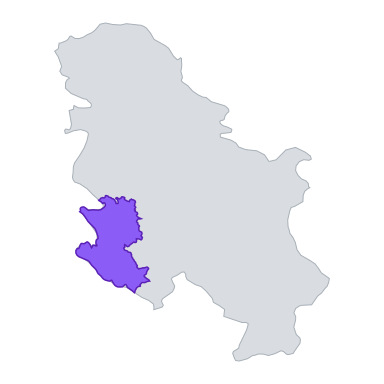 Zlatiborski on a map of Republic of Serbia (Equal Earth projection)
{"feature_id": "SRB-1505", "entity_name": "Zlatiborski", "entity_type": "District", "adm_level": 1, "iso_a3": "SRB", "parent_name": "Republic of Serbia", "parent_adm1": "", "projection": "equal_earth", "projection_center": [19.945, 43.584], "detail": "fine", "context": "in_parent", "style": "filled", "palette": "violet", "viewbox_px": 384, "rotation_deg": 0, "n_neighbors": 0, "source": "natural_earth", "source_scale": "10m", "svg_char_len": 8799}
<svg xmlns="http://www.w3.org/2000/svg" viewBox="0 0 384 384"><path d="M220.4,137.1L231.2,140.2L236.1,143.2L238.7,147.0L245.6,149.6L256.7,150.8L264.5,154.8L269.0,161.5L276.1,159.8L285.8,150.0L295.5,147.4L305.1,152.1L310.4,156.0L311.3,159.1L309.1,160.3L303.8,159.7L299.4,161.6L296.1,165.9L295.6,170.6L298.1,175.5L301.5,178.9L305.9,180.8L308.3,183.4L308.6,186.7L309.8,187.6L307.3,189.1L304.7,191.3L303.2,195.3L302.9,201.6L294.4,206.5L291.2,207.4L289.8,210.7L287.7,220.0L288.1,226.9L289.3,230.5L289.9,233.4L292.7,237.0L295.3,242.4L297.0,249.7L300.8,255.2L310.3,260.7L315.1,263.9L318.6,268.6L321.3,272.8L329.3,278.4L328.7,282.4L327.1,286.3L325.3,288.1L321.5,293.1L317.7,296.0L311.6,304.8L301.7,305.3L299.3,306.0L295.6,308.5L293.9,312.9L295.7,316.5L295.6,320.1L293.8,327.1L296.3,334.6L299.9,338.0L300.4,340.0L299.9,343.5L294.8,350.7L293.2,353.4L288.0,354.7L286.2,354.0L283.5,351.5L281.0,350.8L274.8,353.7L268.4,355.5L263.4,354.1L258.5,354.0L255.1,355.2L252.5,355.6L247.5,358.7L239.4,361.0L235.6,360.5L234.2,357.6L232.7,353.4L233.4,351.5L238.7,348.2L239.3,345.1L246.6,330.0L248.0,325.1L248.1,323.5L246.1,322.5L242.0,322.5L223.8,316.4L224.6,309.4L219.2,305.6L213.4,302.3L212.4,298.5L206.0,291.0L201.3,286.7L195.3,284.6L190.2,281.5L187.1,279.6L185.7,276.1L185.7,274.0L184.1,272.0L181.6,272.2L177.5,275.0L172.3,277.5L171.4,279.2L173.3,283.4L174.7,286.0L174.1,288.6L172.4,291.8L162.5,298.8L161.4,301.3L163.3,305.3L162.1,307.1L153.8,309.7L154.0,307.6L153.5,304.1L148.7,300.4L142.0,297.5L127.0,287.6L121.3,286.3L116.2,285.2L108.8,280.5L105.1,279.6L100.9,276.3L91.8,264.9L84.1,258.8L78.8,255.6L77.3,252.6L77.0,249.5L77.2,248.4L81.2,244.0L84.3,243.3L88.2,243.2L90.8,245.4L94.3,245.9L96.2,243.1L97.2,238.9L96.8,233.7L88.6,221.5L81.5,213.0L80.7,211.1L82.2,209.5L84.7,208.6L87.3,209.4L94.3,210.0L100.9,209.2L103.2,207.1L103.2,204.3L100.8,201.7L93.0,194.8L87.0,188.6L79.9,183.9L74.6,182.0L73.1,179.6L72.5,177.1L73.1,172.4L73.4,166.4L74.7,162.7L79.5,155.7L84.0,148.2L86.9,141.0L88.4,134.3L87.8,132.4L85.5,131.0L80.5,129.6L73.5,130.8L67.6,133.2L65.3,133.4L64.6,130.5L65.5,129.1L67.3,129.3L68.9,129.9L70.5,128.5L71.5,124.5L69.1,110.5L73.5,109.3L73.6,107.3L74.0,105.5L78.5,107.9L84.9,108.0L90.5,107.5L91.3,106.1L91.3,104.1L90.1,102.6L88.2,101.3L86.7,99.4L83.0,98.6L71.2,93.5L65.4,88.2L65.6,82.6L67.3,79.5L69.3,78.4L68.8,77.4L62.1,74.8L59.8,71.1L61.7,66.5L58.3,57.0L54.7,51.2L58.3,48.7L58.8,45.1L59.1,43.1L60.6,43.1L66.4,40.7L68.5,38.8L69.7,36.5L71.1,36.0L74.9,38.4L79.0,38.6L83.5,37.1L86.9,34.9L91.0,33.1L92.9,31.9L95.3,29.9L100.1,24.2L105.5,23.0L112.7,24.5L120.5,25.0L126.4,23.7L141.2,25.3L144.4,26.7L146.5,28.2L150.4,33.0L154.1,39.4L159.3,42.3L165.5,45.8L168.7,48.4L173.4,56.0L177.2,59.7L178.4,59.5L179.6,58.6L180.5,57.8L181.5,58.5L181.5,60.8L181.8,65.9L180.9,71.4L182.3,76.6L182.3,78.2L181.4,79.7L181.5,81.0L182.8,82.4L187.9,85.8L192.6,91.1L198.0,94.8L203.0,97.2L206.1,97.4L211.3,101.7L221.6,104.8L224.8,105.8L227.1,107.6L228.7,109.6L228.8,111.8L227.3,112.9L225.1,115.8L224.2,119.4L222.6,120.4L221.0,120.4L219.8,121.5L220.1,123.0L221.4,124.5L223.6,125.9L227.7,127.2L231.7,129.2L231.7,130.7L230.9,132.4L225.8,133.1L222.0,133.4L220.2,134.1L220.4,137.1Z" fill="#d9dde1" stroke="#a8b0b8" stroke-width="1"/><path d="M100.8,275.8L98.3,273.8L97.6,272.8L96.5,270.4L95.7,269.2L91.7,265.3L89.0,261.3L87.9,260.6L78.8,256.7L77.0,255.2L75.9,253.0L75.9,250.5L77.2,248.5L78.7,248.5L79.5,247.0L80.2,245.0L81.1,243.6L81.8,243.4L83.5,243.7L84.3,243.6L85.1,243.2L86.6,242.1L87.3,241.9L88.4,242.5L89.6,243.9L90.5,245.5L91.1,247.0L91.6,247.8L92.2,247.0L93.0,245.1L93.8,245.1L96.3,246.0L96.8,245.7L97.0,245.4L96.8,245.0L96.3,244.5L96.0,243.6L95.9,242.4L96.0,241.2L96.3,240.1L98.0,238.5L97.9,236.3L96.3,231.5L95.0,228.6L88.2,221.7L84.7,216.3L82.7,213.8L80.4,212.2L79.7,211.7L80.4,211.0L80.6,210.4L80.2,209.3L80.2,208.7L80.6,207.9L81.2,207.4L82.5,207.0L83.5,206.9L84.4,207.2L86.1,208.4L87.8,209.9L88.6,210.4L89.6,210.3L90.6,210.0L94.1,209.8L97.9,210.2L99.5,210.0L101.1,209.5L103.8,207.6L104.9,206.4L105.5,205.0L105.0,203.4L104.2,202.7L103.6,202.9L103.2,203.4L102.9,203.6L102.3,203.2L101.2,201.9L99.1,200.7L98.7,200.2L99.4,200.0L99.6,199.9L99.8,199.7L100.5,198.5L100.8,198.2L101.6,198.0L102.5,197.6L102.8,197.6L104.0,197.9L104.6,197.7L104.9,197.4L105.1,196.9L105.4,196.4L105.5,196.2L105.5,195.7L106.0,195.6L106.6,195.6L107.5,196.0L108.0,196.1L108.5,196.7L109.1,197.2L110.6,197.6L111.2,197.8L111.5,198.1L111.9,198.5L112.3,198.8L112.6,198.8L113.2,198.8L113.5,199.0L114.0,199.5L114.6,200.0L114.7,200.3L114.9,200.7L115.0,200.9L115.6,201.5L115.8,201.9L115.9,202.2L115.9,202.4L115.8,202.9L115.8,203.0L116.1,203.4L116.5,203.5L117.5,203.6L117.8,203.5L118.0,203.3L118.1,203.2L118.2,202.9L118.2,202.6L118.2,202.2L118.2,201.7L117.9,200.9L117.5,199.8L117.1,199.4L116.3,198.9L115.9,198.6L115.8,198.4L115.8,198.2L116.4,197.7L116.6,197.6L117.0,197.6L117.4,197.7L117.6,197.8L118.3,198.5L119.3,199.0L119.7,198.9L120.2,198.3L121.1,198.0L121.3,197.7L121.5,197.1L121.7,196.9L122.0,196.8L123.3,197.0L123.7,197.1L124.2,197.3L124.7,197.6L124.8,197.8L124.8,198.1L124.4,198.6L124.4,198.8L124.5,199.2L124.9,199.7L125.3,200.1L126.0,200.3L126.9,200.8L127.4,201.2L127.7,201.3L128.5,201.4L129.3,201.6L129.5,200.7L129.7,200.2L130.2,199.9L131.4,199.1L131.7,199.5L131.9,199.6L132.2,199.7L132.9,199.7L133.2,199.8L134.9,200.7L135.4,201.9L135.5,202.3L135.4,202.4L135.3,202.6L134.9,203.2L134.7,203.6L134.7,204.0L134.9,204.6L134.9,204.8L134.8,205.1L134.5,205.5L134.4,205.8L134.5,206.0L135.5,206.9L135.7,207.2L135.7,207.4L135.7,207.6L135.5,207.9L134.8,208.6L134.5,209.5L134.5,209.8L135.2,210.1L135.3,210.1L135.3,210.5L135.0,210.9L135.0,211.2L135.1,211.3L135.5,211.6L136.5,212.3L136.8,212.4L137.1,212.4L137.4,213.0L137.6,213.5L137.7,213.9L137.6,214.0L137.3,214.4L136.8,214.8L136.6,214.9L136.6,215.0L136.5,215.3L136.7,215.7L137.4,216.6L138.5,217.5L139.3,217.9L140.0,218.2L141.1,218.7L139.8,219.0L139.3,219.0L138.5,218.9L138.2,219.0L137.8,219.4L137.4,220.0L136.9,220.4L136.9,220.6L136.6,221.3L136.6,221.7L136.6,221.9L136.8,222.1L137.0,222.3L137.5,222.6L137.8,222.8L137.9,223.2L137.8,223.5L137.8,223.8L137.7,224.1L138.3,224.9L138.9,225.3L139.1,225.6L139.3,225.8L139.4,226.1L139.4,226.5L138.9,227.0L138.7,227.3L138.7,227.5L138.9,228.4L138.8,229.4L139.0,230.0L139.0,230.4L139.0,230.5L139.2,230.8L140.3,231.5L140.7,231.7L141.6,232.1L141.8,232.3L141.8,233.0L142.0,233.6L142.0,233.9L141.7,234.5L141.4,235.2L141.0,235.7L141.0,236.0L141.3,236.4L142.0,237.0L142.3,237.2L142.4,237.5L142.4,237.8L142.3,238.0L142.0,238.7L141.8,239.3L141.4,239.7L141.1,239.9L140.8,239.8L139.6,239.1L139.0,239.0L138.1,238.8L137.9,238.9L137.4,239.0L137.2,239.0L136.9,238.9L136.7,238.7L136.3,238.8L136.3,239.0L136.5,239.4L136.5,240.5L136.4,241.0L136.5,241.5L136.3,242.0L135.8,242.4L135.2,242.5L134.8,242.5L134.0,242.1L133.7,242.1L133.3,242.3L131.6,243.8L130.8,244.2L130.5,244.3L129.5,245.5L129.2,246.0L127.9,246.6L127.7,246.7L127.4,246.6L127.2,246.5L126.7,246.1L125.8,245.4L124.7,244.7L124.6,245.3L124.5,245.8L124.6,246.1L124.8,246.6L124.9,246.8L124.9,247.0L124.7,247.3L124.1,247.7L123.9,247.8L123.8,248.0L123.7,248.1L123.7,248.3L123.8,248.5L124.1,249.0L124.3,249.5L124.8,250.0L125.1,250.3L125.6,250.5L126.7,250.7L127.5,251.1L127.7,251.3L128.0,252.0L128.6,252.2L129.8,252.3L130.5,252.5L130.9,252.9L131.0,253.1L131.1,253.8L131.1,254.0L131.5,254.4L131.6,254.7L131.6,254.9L131.5,255.6L131.5,256.1L131.6,256.3L132.0,257.2L132.4,257.8L132.7,258.1L132.7,258.3L133.1,259.1L134.0,260.1L134.1,260.3L134.3,261.0L135.1,261.9L135.8,262.8L135.9,263.5L136.3,264.2L136.5,264.6L137.2,265.4L137.2,265.6L137.3,265.8L137.2,266.1L137.2,266.3L136.9,266.6L136.8,267.0L137.2,267.6L137.5,267.9L138.1,268.2L138.7,268.9L138.9,268.9L139.1,268.9L139.9,268.5L141.4,268.4L142.4,267.9L142.6,267.9L144.0,267.8L144.5,267.8L145.3,267.5L146.3,267.3L146.8,267.1L147.1,267.1L147.7,267.4L148.4,268.1L148.6,268.4L148.6,268.8L147.4,270.4L147.2,270.9L146.9,271.4L146.7,271.9L146.5,272.6L146.4,273.7L146.3,273.9L146.0,274.2L144.4,275.3L144.2,275.5L144.4,276.6L144.6,276.9L145.3,277.2L145.7,277.5L145.9,277.7L146.1,278.2L146.2,278.4L146.4,278.5L147.2,278.8L147.9,279.3L148.6,279.7L148.8,279.8L149.2,280.6L149.6,281.1L147.2,281.5L145.9,282.1L145.4,282.4L145.1,282.5L144.6,282.6L143.8,282.6L143.0,282.6L142.2,282.5L141.8,282.6L141.2,283.4L140.9,283.9L140.4,284.3L140.1,284.6L140.0,284.9L140.3,285.5L140.4,286.0L140.2,286.3L139.9,286.4L139.1,286.3L138.6,286.5L137.5,287.0L137.2,287.3L136.8,287.7L136.4,288.3L136.1,288.8L135.9,289.4L135.5,289.9L135.4,290.1L135.0,291.2L134.9,292.1L134.8,292.3L134.7,292.5L134.4,292.8L132.1,290.6L128.1,287.9L127.4,287.3L126.9,286.4L126.6,285.5L126.1,284.8L125.2,284.5L124.6,284.9L123.0,286.4L122.3,286.9L120.0,287.0L117.8,286.9L116.2,286.3L114.9,285.3L113.6,283.7L111.7,280.3L111.1,280.3L110.6,280.8L109.7,281.1L108.3,280.9L105.4,280.1L104.0,279.4L102.8,278.4L100.8,275.8Z" fill="#8b5cf6" stroke="#5b21b6" stroke-width="1.5"/></svg>